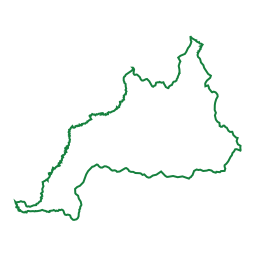 outline of Cáchira, Norte de Santander, Colombia
{"feature_id": "7082276B44940516663125", "entity_name": "Cáchira", "entity_type": "district", "adm_level": 2, "iso_a3": "COL", "parent_name": "Colombia", "parent_adm1": "Norte de Santander", "projection": "orthographic", "projection_center": [-73.176, 7.699], "detail": "fine", "context": "isolated", "style": "outline", "palette": "green", "viewbox_px": 256, "rotation_deg": 0, "n_neighbors": 0, "source": "geoboundaries", "source_scale": "gbopen_adm2", "svg_char_len": 5758}
<svg xmlns="http://www.w3.org/2000/svg" viewBox="0 0 256 256"><path d="M188.9,178.6L189.5,177.8L191.1,176.9L191.5,176.1L192.5,175.2L194.1,170.9L196.6,169.5L198.4,170.0L200.3,169.7L203.2,171.0L206.8,170.6L208.9,169.9L211.5,170.5L213.3,172.0L215.8,172.7L216.4,171.8L219.9,172.2L221.0,171.1L224.6,170.9L225.3,168.6L224.9,167.8L224.5,166.0L224.7,165.1L226.4,163.7L228.2,161.4L230.7,156.6L231.8,155.4L232.5,153.0L233.9,151.6L235.2,149.3L236.7,149.2L240.4,150.6L240.6,150.1L240.3,147.9L240.5,145.8L237.9,144.3L236.6,141.0L237.6,138.0L236.1,137.6L233.4,135.1L232.3,131.8L230.0,131.9L228.4,130.7L226.8,127.7L225.4,127.1L224.4,125.7L223.3,125.6L222.2,126.7L221.1,126.8L220.7,126.7L220.3,126.1L219.7,126.0L219.4,122.8L217.5,121.8L215.9,119.6L214.9,115.4L215.9,112.8L214.7,110.0L214.8,105.1L215.2,102.5L216.2,99.2L217.7,96.5L217.4,94.5L215.8,92.5L214.6,91.9L213.4,91.7L212.2,92.3L211.8,92.1L209.2,88.8L208.8,87.9L208.9,87.3L208.0,85.4L205.4,86.3L205.2,83.7L205.6,82.6L207.0,80.5L210.2,77.8L210.9,75.7L208.2,74.0L204.9,69.0L204.1,67.7L203.4,65.2L201.0,62.5L200.1,59.1L199.5,58.2L198.1,57.0L197.5,55.0L198.1,53.3L197.7,52.6L198.5,52.2L198.4,51.2L199.3,51.1L199.6,50.0L200.4,49.3L200.3,48.8L200.6,48.8L200.6,48.1L201.1,47.5L200.8,47.0L201.4,46.3L200.8,46.1L201.9,45.6L202.6,44.6L201.2,43.7L200.0,43.6L199.1,42.8L199.0,42.2L198.5,42.4L197.1,41.8L196.2,41.1L196.3,40.3L195.0,40.0L192.1,38.3L190.8,36.9L190.4,36.1L190.8,40.5L191.4,41.5L190.7,43.9L189.6,46.2L188.0,48.1L186.3,51.8L184.9,53.9L180.4,55.8L178.2,57.6L180.4,61.4L179.7,62.7L178.7,66.0L179.4,69.3L179.6,73.2L179.0,73.4L179.0,74.3L177.8,76.7L177.8,77.6L176.8,79.0L176.5,80.5L175.2,81.5L174.0,81.6L173.1,82.3L171.8,85.1L170.8,85.3L169.2,86.4L168.4,88.1L167.9,88.1L165.8,87.0L164.8,85.0L164.3,84.4L163.4,82.3L161.6,82.7L159.5,81.9L159.0,82.4L157.6,82.3L156.1,82.7L155.4,85.4L154.2,85.8L153.3,86.7L152.5,86.5L151.9,85.9L149.3,81.3L147.0,79.0L145.9,79.2L143.3,80.5L142.0,80.5L140.8,79.4L139.8,77.1L137.3,74.8L136.5,74.5L134.8,74.9L134.1,74.5L133.5,73.3L134.1,69.4L133.6,68.4L132.9,67.7L132.6,67.7L133.0,68.1L132.9,69.0L132.0,70.5L125.8,74.7L125.0,76.3L124.3,76.6L123.7,77.8L123.7,80.7L124.3,81.7L124.3,82.7L125.6,83.9L125.7,86.6L126.2,88.7L125.5,90.0L126.5,91.4L125.9,92.4L126.0,93.7L125.7,94.4L125.0,94.3L123.7,95.9L124.1,96.6L124.1,97.1L123.6,97.5L124.1,99.6L122.5,100.3L122.6,100.9L122.1,101.6L120.9,101.7L120.6,102.1L120.1,101.7L119.9,101.8L120.0,103.0L120.4,103.7L119.7,105.3L119.2,105.5L119.2,107.1L118.1,107.6L117.4,108.3L117.2,107.2L116.9,107.0L116.8,108.2L114.2,110.8L111.5,111.8L110.5,112.5L108.6,112.2L108.2,112.9L107.7,113.0L107.9,114.2L106.6,114.3L105.9,114.9L105.4,114.1L104.1,114.7L103.5,114.7L102.9,114.2L101.9,114.4L102.9,113.3L102.8,113.1L101.6,113.2L101.0,113.7L100.3,113.4L99.7,113.8L98.9,113.7L97.4,114.5L96.4,114.2L95.5,115.3L94.2,114.4L93.4,114.6L92.2,114.0L91.2,115.4L90.2,115.3L89.6,115.7L89.6,116.1L90.4,116.6L90.3,117.6L91.3,119.3L88.9,120.4L88.2,121.2L87.4,121.3L87.2,122.4L86.2,122.6L85.3,123.6L84.3,123.5L82.0,124.0L82.0,124.9L81.6,125.4L79.6,124.6L79.5,125.8L78.6,126.0L78.0,125.6L77.4,126.1L77.0,125.8L76.2,125.9L75.4,126.3L75.4,127.0L74.4,127.7L73.4,127.7L72.4,126.1L71.9,126.7L72.2,127.2L71.0,127.6L70.2,129.2L69.2,129.7L69.7,130.9L69.0,131.1L68.6,132.2L68.9,132.9L69.7,133.3L69.0,134.6L69.6,135.0L69.9,135.8L69.1,136.2L69.4,136.6L69.4,138.2L70.0,139.7L69.6,140.7L69.7,141.9L68.7,142.6L69.0,144.0L68.8,145.2L66.8,146.3L66.9,146.7L68.0,147.2L67.9,148.2L66.7,148.9L66.5,148.7L66.6,147.6L65.7,147.7L65.2,148.1L65.2,148.8L66.1,149.9L65.1,150.9L66.0,151.3L66.4,152.1L64.9,152.8L65.0,153.9L64.0,154.9L63.0,155.1L61.9,156.1L61.9,156.5L63.1,157.0L63.2,157.4L62.3,158.0L61.9,158.6L62.0,160.0L61.2,160.5L61.3,162.2L60.1,161.6L60.0,163.1L59.1,163.0L58.7,163.3L58.6,164.1L59.7,165.6L58.8,166.1L57.5,165.8L56.8,166.7L56.0,167.0L54.7,168.7L53.0,167.7L52.7,168.5L53.0,169.8L52.1,170.1L52.2,171.9L51.6,172.6L51.2,173.9L50.6,174.0L49.9,172.9L48.8,173.3L49.0,174.4L50.0,175.6L49.3,177.2L47.7,178.9L47.7,180.4L47.0,179.6L46.4,179.6L45.7,180.4L42.6,182.1L43.0,183.5L42.9,184.5L43.5,186.1L42.2,189.1L42.8,191.8L41.0,193.5L41.4,194.2L42.0,194.6L41.9,195.4L42.3,196.0L40.8,197.4L40.8,197.8L41.8,198.3L40.9,199.9L40.8,201.2L39.5,201.6L37.9,203.5L36.5,203.8L36.2,205.1L33.7,205.3L30.0,206.8L28.7,206.3L27.4,206.6L26.4,206.2L25.0,202.7L24.1,201.8L22.4,201.8L20.9,201.2L19.3,201.9L15.9,202.4L15.4,201.9L15.9,203.8L16.7,204.3L17.1,205.1L16.7,205.9L17.0,206.3L16.3,207.0L16.3,207.3L16.8,207.5L17.4,207.0L18.6,207.4L18.8,209.1L18.2,209.3L18.6,210.6L19.5,210.9L19.9,210.2L20.2,210.1L20.8,211.0L23.2,212.3L24.4,212.4L25.3,211.8L25.9,212.4L26.6,212.5L27.4,211.1L28.2,210.9L30.2,211.3L33.0,211.1L34.9,211.4L35.4,211.0L36.8,211.2L40.4,210.6L42.2,209.9L43.9,210.6L45.9,211.0L46.6,211.7L47.8,211.6L49.0,212.1L49.7,211.8L49.8,210.9L52.9,210.5L53.8,210.0L55.7,211.1L56.5,210.6L57.9,211.0L58.4,210.8L59.1,209.8L60.2,210.1L61.8,209.6L63.0,210.3L63.5,211.0L64.3,213.5L65.0,214.6L66.3,215.0L67.8,214.6L69.7,215.1L70.3,215.8L70.8,217.5L71.6,218.5L73.1,219.8L74.1,219.9L76.5,219.3L77.8,218.1L78.6,216.3L78.8,213.0L79.4,211.4L79.3,209.6L80.1,208.8L80.3,206.6L81.2,205.5L81.4,204.8L80.7,201.6L78.8,198.6L78.1,195.7L75.8,194.0L75.3,193.2L75.1,188.9L77.2,187.0L79.9,185.8L83.4,182.2L86.2,174.4L88.1,171.1L92.3,166.7L93.6,166.5L96.8,164.5L97.8,164.8L98.8,166.2L100.5,167.5L102.2,167.6L104.4,166.3L106.2,166.4L109.0,167.7L110.7,169.5L112.3,170.6L114.8,170.3L116.2,170.9L117.0,171.8L119.7,171.5L125.3,168.2L126.4,168.1L128.2,169.5L129.1,171.1L131.1,171.9L133.3,171.9L135.4,173.0L139.9,173.2L140.9,173.5L142.5,174.9L144.3,174.4L146.8,176.9L148.5,177.6L150.1,177.4L152.9,175.5L156.4,174.7L161.1,171.5L165.2,175.8L166.7,176.8L167.7,176.9L173.1,176.0L177.7,177.2L182.5,176.4L188.9,178.6Z" fill="none" stroke="#15803d" stroke-width="2"/></svg>